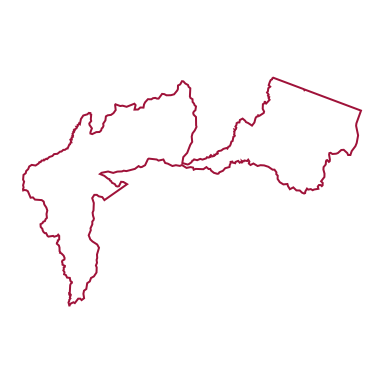 the district of Sonsón, Antioquia, Colombia
{"feature_id": "7082276B57084429833663", "entity_name": "Sonsón", "entity_type": "district", "adm_level": 2, "iso_a3": "COL", "parent_name": "Colombia", "parent_adm1": "Antioquia", "projection": "robinson", "projection_center": [-75.103, 5.693], "detail": "fine", "context": "isolated", "style": "outline", "palette": "rose", "viewbox_px": 384, "rotation_deg": 0, "n_neighbors": 0, "source": "geoboundaries", "source_scale": "gbopen_adm2", "svg_char_len": 5884}
<svg xmlns="http://www.w3.org/2000/svg" viewBox="0 0 384 384"><path d="M273.2,77.7L272.3,78.4L272.1,79.3L270.7,80.1L269.8,82.0L268.7,85.2L270.2,86.7L268.3,88.2L267.9,91.3L267.0,92.5L268.6,94.5L268.0,95.6L268.5,96.0L268.4,96.8L269.2,97.1L268.7,98.5L269.6,99.8L266.1,103.6L265.3,103.2L264.9,101.1L264.3,103.3L262.9,104.2L262.7,108.8L264.1,111.6L263.7,113.0L259.4,115.8L258.2,115.3L257.9,116.4L256.5,116.7L255.5,118.2L254.4,122.5L252.0,125.6L248.1,123.0L246.0,122.1L245.1,120.7L242.6,118.6L239.9,120.0L239.4,122.4L237.7,122.5L236.6,123.2L236.5,124.8L235.4,126.6L236.3,127.6L236.0,128.9L235.1,129.8L234.5,129.6L234.9,130.7L234.1,131.6L234.5,132.9L234.1,134.6L234.8,135.5L234.5,136.3L233.4,136.8L232.6,141.0L231.4,141.6L230.5,144.8L229.5,146.4L228.4,146.7L227.4,148.6L226.5,148.0L223.4,148.9L221.3,150.5L218.5,151.1L217.4,152.1L217.8,153.5L217.2,153.9L216.4,153.7L215.2,155.1L214.3,154.8L214.0,156.0L212.5,156.4L210.9,155.1L210.3,155.7L210.4,156.9L209.6,156.7L209.2,157.4L208.1,157.6L207.0,157.2L206.1,158.4L202.5,159.6L200.2,158.9L197.2,160.2L194.1,159.4L193.4,160.3L192.4,160.6L191.4,162.3L188.7,164.2L187.5,164.5L182.3,163.0L183.3,157.1L187.2,152.9L190.3,144.8L192.2,141.9L191.7,136.6L192.5,133.4L194.8,130.4L196.5,126.9L196.1,125.4L196.0,117.0L193.6,114.6L193.2,113.0L193.8,111.6L195.4,110.2L196.0,106.4L194.6,105.2L194.0,103.6L192.6,101.9L192.5,99.2L190.5,98.0L189.9,96.5L190.3,88.3L188.6,86.8L188.0,85.0L185.3,83.5L183.4,81.4L182.0,81.2L180.2,84.4L178.0,85.5L177.9,89.0L177.3,90.4L174.1,94.3L170.9,95.2L166.5,95.3L164.2,94.1L162.1,93.9L158.6,98.6L157.0,98.6L155.3,97.9L153.0,98.2L151.4,99.3L147.9,99.2L145.1,102.3L144.0,104.5L143.5,107.6L140.3,107.5L138.1,109.5L134.5,109.6L135.6,105.1L134.4,103.7L126.6,106.8L122.7,105.7L120.2,106.0L115.5,104.3L115.1,104.9L115.7,110.0L113.5,113.1L111.0,114.9L107.7,115.3L105.9,116.4L105.4,120.4L103.2,123.7L103.5,125.8L102.7,127.6L101.7,128.4L101.1,130.5L99.5,132.0L96.3,132.1L92.2,134.1L90.4,133.5L90.4,132.3L91.9,128.3L89.5,124.9L89.3,123.4L91.2,121.0L90.8,119.3L91.2,114.7L90.5,114.5L90.4,113.1L88.9,112.9L87.4,114.3L83.3,115.5L80.9,119.1L79.9,124.1L79.1,123.4L78.7,124.4L77.6,125.0L77.8,125.9L77.2,126.8L76.5,126.8L76.9,127.4L76.5,128.3L74.9,129.3L74.8,130.0L74.1,129.7L73.8,130.1L74.0,131.5L73.4,131.9L73.8,132.3L72.5,133.7L73.0,135.4L72.4,135.7L72.9,136.8L71.7,137.4L71.8,139.3L71.1,139.1L70.7,139.9L70.8,139.4L70.4,139.6L71.4,142.4L70.6,142.6L70.0,144.3L69.3,144.5L67.6,148.5L66.9,148.4L64.8,149.9L63.3,149.9L61.5,151.5L60.0,151.7L57.4,153.8L54.1,154.1L52.4,156.0L49.3,157.0L47.1,159.1L46.3,158.7L44.9,159.7L44.0,159.7L43.9,160.4L41.6,160.6L40.6,162.1L39.4,162.1L38.7,163.4L35.6,165.5L31.7,164.9L29.2,166.5L28.2,169.1L26.2,171.0L25.7,173.2L23.5,174.9L23.1,179.6L24.1,181.7L23.1,185.2L23.6,187.6L23.0,189.0L23.2,190.4L24.5,190.0L26.4,190.3L27.9,191.3L30.6,197.7L32.9,197.4L35.0,199.6L41.7,200.1L43.7,201.6L44.3,204.5L46.3,207.5L47.3,210.5L46.5,214.0L46.9,217.9L45.6,219.2L44.9,221.1L43.3,221.7L42.5,223.1L40.5,224.2L40.7,226.9L42.4,228.9L42.7,230.5L43.6,232.1L44.8,233.1L46.1,233.1L47.5,235.9L48.4,236.6L53.1,235.9L54.2,236.7L57.4,235.7L58.2,234.7L59.2,235.9L59.2,239.5L57.8,240.4L57.9,241.5L57.0,242.5L56.8,243.7L58.9,245.5L59.5,247.6L59.6,251.3L60.2,252.1L60.0,252.8L61.4,253.4L63.6,255.6L64.6,258.0L64.4,259.5L62.4,260.6L62.0,261.8L62.5,263.2L62.5,264.7L64.9,265.9L64.8,266.9L63.7,267.5L63.8,269.5L63.3,270.3L64.5,272.2L64.1,274.3L65.8,275.0L67.1,277.6L69.8,277.9L70.4,280.9L71.9,282.1L71.9,282.8L71.0,283.3L70.2,285.1L69.8,292.4L69.1,292.9L69.2,293.9L70.0,293.7L70.8,294.8L70.6,295.6L69.9,295.7L70.2,296.3L69.8,297.7L70.4,298.4L69.2,300.0L69.3,300.8L68.5,302.4L69.5,306.3L69.6,305.2L70.7,303.6L73.4,302.3L74.8,303.1L78.2,298.7L80.3,298.7L81.6,300.1L84.1,298.2L83.4,293.8L84.0,290.7L86.3,289.0L87.2,283.2L89.8,281.4L91.0,278.0L93.9,276.4L96.5,272.5L96.7,267.4L95.9,265.5L97.0,262.8L96.6,259.9L97.2,258.0L97.0,254.5L99.0,247.8L97.2,244.5L92.5,241.5L90.3,239.4L88.7,235.3L90.8,230.2L90.5,228.3L92.3,224.4L92.3,221.5L93.5,220.1L93.9,218.5L93.0,215.6L92.6,212.6L93.5,210.4L93.8,203.0L92.2,198.1L94.3,194.9L96.9,194.9L98.7,196.3L102.3,197.1L104.4,200.1L127.1,184.2L123.4,182.0L121.1,181.8L118.9,186.2L117.3,186.5L116.0,186.0L114.8,184.1L111.9,182.7L111.1,181.1L109.8,180.4L109.5,179.2L107.8,178.6L104.3,175.8L100.0,174.0L101.6,172.8L108.1,171.5L113.2,172.9L117.3,171.6L122.0,171.4L123.7,170.7L126.4,171.1L134.9,168.9L138.6,166.1L140.5,167.2L141.8,167.0L145.1,165.2L147.9,159.2L148.8,158.6L156.7,159.5L158.5,160.6L163.4,159.5L165.2,163.0L167.7,163.6L172.4,166.0L175.9,165.2L179.9,165.9L181.9,165.0L186.5,167.9L190.5,167.1L193.1,167.6L193.7,169.7L195.7,168.9L203.4,169.2L206.4,167.1L208.6,169.0L210.2,168.9L211.1,170.6L213.9,172.8L217.2,173.8L218.5,173.6L219.4,172.3L222.9,170.8L225.2,168.2L229.5,167.0L229.8,164.8L230.6,163.4L230.6,161.9L232.3,161.6L232.7,162.6L235.2,163.2L235.6,161.9L238.2,160.9L239.7,162.7L241.2,161.8L241.7,162.5L242.1,162.4L241.9,161.3L242.3,161.7L242.9,161.1L243.8,161.3L244.4,160.5L247.2,161.0L248.2,159.7L249.4,161.5L248.8,163.5L250.5,165.0L253.4,163.5L257.6,166.0L260.5,165.2L264.1,165.4L268.4,166.8L272.6,169.7L274.5,169.7L276.4,172.3L276.3,174.2L277.7,175.6L277.6,178.9L279.8,182.2L283.4,184.4L287.4,184.0L288.0,186.1L289.9,189.2L293.3,187.4L296.4,190.4L299.8,190.5L302.1,192.7L304.1,193.5L305.1,193.1L305.3,191.5L307.0,188.6L308.2,189.6L310.8,189.1L312.7,190.2L314.1,189.5L318.4,188.8L317.8,186.5L319.0,185.0L320.7,185.1L321.8,186.1L322.6,185.3L322.7,182.9L321.1,181.3L324.4,177.0L324.5,173.7L323.4,169.5L323.6,167.1L325.7,164.5L326.0,161.2L326.5,160.3L327.2,160.1L328.9,161.9L329.7,161.2L329.9,159.5L329.1,154.7L329.4,153.1L330.6,152.8L332.4,154.0L336.1,153.7L337.8,153.1L341.3,150.0L343.7,149.8L347.3,153.1L348.1,155.0L350.4,155.0L351.7,151.1L355.4,146.2L356.7,143.0L358.1,135.4L356.1,125.8L356.4,123.4L361.0,110.6L305.1,89.7L304.4,90.2L303.9,89.2L273.2,77.7Z" fill="none" stroke="#9f1239" stroke-width="2"/></svg>